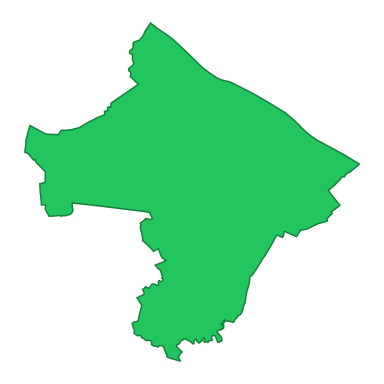 Binh Thuy, Hau Giang, Vietnam (Mercator projection)
{"feature_id": "81297802B33814118608654", "entity_name": "Binh Thuy", "entity_type": "district", "adm_level": 2, "iso_a3": "VNM", "parent_name": "Vietnam", "parent_adm1": "Hau Giang", "projection": "mercator", "projection_center": [105.717, 10.061], "detail": "fine", "context": "isolated", "style": "filled", "palette": "green", "viewbox_px": 384, "rotation_deg": 0, "n_neighbors": 0, "source": "geoboundaries", "source_scale": "gbopen_adm2", "svg_char_len": 5985}
<svg xmlns="http://www.w3.org/2000/svg" viewBox="0 0 384 384"><path d="M150.5,23.0L145.2,31.1L142.8,36.1L139.8,39.7L138.8,40.4L135.3,41.6L133.7,42.4L133.1,43.4L133.2,46.0L133.0,47.7L132.4,48.7L129.8,50.8L129.5,52.4L129.7,53.3L130.3,53.9L132.2,54.5L132.6,55.3L132.7,56.7L132.3,58.5L132.5,59.5L133.2,61.3L133.6,63.6L133.1,64.9L129.2,68.0L128.6,69.4L128.6,70.3L129.1,71.0L130.4,72.0L130.8,73.3L130.8,74.7L130.2,76.7L132.4,78.3L134.6,80.7L138.3,84.3L111.1,103.1L110.7,107.3L108.7,106.9L108.0,107.2L107.5,107.9L107.4,108.4L108.0,110.0L107.6,110.5L107.1,110.8L106.2,111.1L104.6,111.3L104.4,111.6L104.8,114.0L104.5,114.6L104.1,114.9L97.8,117.5L95.8,118.4L94.7,119.1L88.3,122.2L80.9,126.7L78.5,127.9L74.5,128.8L72.1,129.6L68.0,130.0L67.4,130.3L61.5,130.2L61.1,130.4L58.3,134.6L48.5,134.3L46.4,134.1L44.7,133.5L30.0,125.5L27.8,132.8L27.4,134.3L27.3,135.8L26.2,139.0L25.9,141.1L25.9,144.4L24.8,152.1L25.8,152.5L27.9,153.5L29.9,155.5L33.4,159.9L33.9,160.2L34.9,159.5L35.3,159.6L35.9,161.9L37.1,163.6L38.3,164.5L43.1,169.6L45.3,171.8L45.5,172.2L45.2,174.8L45.5,175.3L45.3,176.3L45.3,177.5L45.1,179.4L45.3,181.4L45.2,182.0L45.0,182.5L44.1,182.8L39.8,183.7L40.3,193.3L40.6,194.6L41.5,205.0L45.5,204.8L45.6,206.1L45.2,208.8L45.4,209.4L46.0,210.3L46.4,211.1L46.6,212.0L48.5,215.0L49.1,216.3L56.8,215.8L59.1,215.4L59.6,215.5L60.5,216.1L61.0,216.2L61.7,215.9L63.4,215.7L65.0,215.8L70.0,214.4L72.0,212.7L72.9,210.1L72.7,208.7L72.2,205.8L72.2,204.4L72.3,203.3L72.6,203.1L83.1,204.1L102.3,206.3L145.0,211.6L147.5,212.0L149.3,212.5L150.1,213.6L152.5,218.6L150.9,219.2L149.7,219.4L149.0,219.3L147.0,218.7L146.1,218.6L145.4,218.9L143.4,220.9L140.3,223.2L140.8,224.6L140.9,225.2L140.9,226.1L140.2,227.6L140.8,229.3L141.7,233.1L142.2,236.1L142.5,237.0L142.8,240.6L150.0,247.4L150.9,248.5L152.2,249.5L153.3,251.2L153.6,251.3L154.1,251.1L157.9,248.9L158.2,248.8L158.5,249.1L160.5,254.4L162.0,257.6L162.5,258.1L163.2,258.5L164.7,259.7L166.1,260.3L166.1,260.7L165.1,261.2L164.7,261.2L163.6,261.9L155.3,265.1L155.2,265.3L156.3,266.2L157.2,267.6L160.6,270.5L160.8,270.8L160.7,271.8L161.7,273.5L161.5,274.6L162.5,275.8L162.7,276.3L162.6,276.6L162.0,277.1L161.8,278.0L162.9,279.6L163.0,279.9L162.9,280.2L162.2,280.9L161.4,281.5L160.8,281.7L160.2,281.5L159.6,280.8L159.3,280.6L159.0,280.7L158.7,281.0L158.4,281.9L158.4,284.3L158.0,285.0L158.0,285.4L157.1,285.6L155.0,284.3L152.6,283.9L152.2,284.0L151.8,284.4L150.3,286.5L149.9,287.7L149.6,287.9L148.3,287.7L147.7,288.3L146.2,286.8L145.9,286.8L144.6,287.6L144.4,288.5L144.0,288.9L142.7,289.2L142.6,289.4L144.0,292.3L144.0,293.7L143.8,294.3L143.2,294.8L137.0,297.8L139.3,301.3L141.7,305.3L138.3,319.8L137.9,320.6L136.4,321.7L134.1,322.1L133.5,322.3L132.9,322.7L132.3,323.4L132.2,323.8L132.3,324.4L134.2,329.9L134.4,330.8L134.0,333.1L134.3,333.6L136.9,335.4L137.6,335.7L138.2,335.7L139.2,335.4L140.3,335.6L141.3,336.5L141.6,337.5L142.1,337.9L144.4,338.9L145.3,340.0L145.8,340.3L146.3,340.5L147.0,340.6L148.9,340.2L150.3,340.5L151.3,341.8L151.6,342.8L151.7,343.5L151.5,344.5L151.8,344.9L153.6,345.9L154.0,346.1L155.4,346.1L157.7,346.9L158.3,346.9L158.5,346.8L158.7,345.7L159.0,345.6L159.9,345.7L161.3,345.5L162.1,345.9L163.0,346.1L163.4,347.1L163.8,347.6L164.4,348.7L164.5,349.5L166.0,353.1L167.2,357.0L169.4,357.9L172.2,358.8L180.0,361.0L180.4,360.9L178.2,357.1L178.3,356.7L179.0,356.3L179.3,355.2L180.4,353.7L182.1,352.0L178.1,348.2L177.4,347.4L176.3,345.6L176.7,344.9L177.2,344.6L178.0,344.2L178.8,344.1L179.4,343.6L179.8,342.9L180.1,341.7L180.4,341.3L180.8,341.3L181.2,340.5L181.7,340.3L182.8,340.1L182.9,339.2L183.1,339.0L184.1,339.2L184.4,339.2L185.0,338.8L185.3,338.7L185.8,339.0L187.6,340.4L189.7,341.1L190.2,341.7L191.6,342.5L192.7,343.7L193.2,343.9L193.7,343.8L194.0,343.3L194.1,342.6L193.8,341.2L194.9,339.9L195.3,339.0L195.7,338.9L196.0,339.1L197.1,341.4L198.5,342.8L199.0,342.9L199.5,342.8L200.6,341.6L201.9,340.8L202.6,339.6L203.0,338.3L203.8,338.1L204.7,338.6L204.7,338.9L204.6,339.5L203.9,341.1L204.0,341.6L204.5,342.1L205.0,342.2L205.9,341.7L206.6,341.6L207.0,341.8L207.9,342.4L208.3,342.3L208.5,342.0L208.8,341.0L209.2,340.7L210.7,340.4L211.6,340.6L212.2,340.2L212.1,339.2L211.5,337.7L211.5,337.0L211.9,336.2L212.3,335.9L213.7,335.3L214.9,335.7L215.4,336.3L217.8,342.4L218.8,342.3L219.3,342.1L220.0,341.4L221.3,341.2L221.6,341.0L221.8,340.7L221.8,338.9L221.9,338.0L220.0,335.4L219.0,334.5L218.8,333.9L218.7,333.7L217.9,333.4L217.0,332.0L217.0,331.6L217.3,331.1L217.8,330.8L218.7,330.6L219.4,330.2L220.3,329.4L220.5,329.4L221.1,329.9L221.4,329.8L222.2,328.9L222.3,328.1L222.5,328.1L223.1,328.4L223.5,328.2L223.8,327.9L223.8,327.3L223.4,326.5L223.4,326.1L223.8,325.5L223.8,325.1L223.7,324.8L223.4,324.6L222.5,324.4L222.1,324.6L221.9,324.7L221.9,325.2L221.7,325.3L221.4,325.1L221.2,324.2L221.3,323.8L221.6,323.6L222.6,323.6L222.8,323.5L223.0,322.6L223.8,323.0L224.0,322.9L224.1,322.7L224.0,322.1L224.1,321.9L224.8,321.6L224.0,320.4L224.3,320.1L224.6,320.0L226.4,320.8L230.8,321.6L233.0,322.3L233.5,322.3L233.8,321.9L234.9,319.7L237.7,316.7L238.9,315.1L239.9,314.9L240.4,314.6L241.8,312.5L242.5,310.7L243.0,308.8L243.6,305.7L244.7,303.7L245.1,302.6L246.5,293.1L247.2,290.3L248.8,285.3L249.3,283.0L249.9,277.7L250.1,276.4L251.4,275.9L253.0,274.0L257.1,267.9L260.7,262.1L262.9,258.4L264.7,256.1L272.4,243.1L276.6,235.3L277.2,235.2L278.0,235.5L282.3,237.4L282.8,236.0L283.3,236.2L284.1,231.5L284.7,231.3L287.3,232.6L296.5,236.6L300.0,231.1L300.0,230.4L306.4,229.2L307.7,228.7L317.9,223.7L326.8,221.3L327.3,220.8L327.5,218.2L332.2,213.3L331.0,212.1L336.9,207.7L339.9,205.3L331.8,195.2L328.3,190.5L334.6,185.1L340.7,178.9L340.7,178.2L342.3,176.6L342.7,176.4L343.2,176.5L344.0,177.1L344.3,176.9L346.8,173.4L349.2,172.4L350.7,171.5L358.8,164.7L359.2,164.0L345.3,155.5L316.9,140.0L312.2,136.9L307.6,133.3L301.0,127.3L299.7,125.6L292.6,118.9L284.3,112.1L270.6,103.8L254.1,94.1L231.6,82.7L228.4,81.5L223.2,80.4L220.0,79.4L216.1,77.4L210.3,73.5L202.8,67.9L183.8,49.4L174.3,40.6L168.8,36.2L157.1,28.2L150.5,23.0Z" fill="#22c55e" stroke="#15803d" stroke-width="1.5"/></svg>